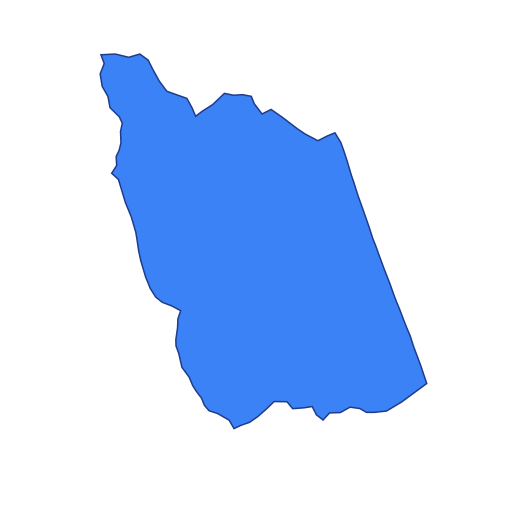 Mongaguá, São Paulo, Brazil (Natural Earth projection), rotated 282°
{"feature_id": "56859067B70576554205910", "entity_name": "Mongaguá", "entity_type": "district", "adm_level": 2, "iso_a3": "BRA", "parent_name": "Brazil", "parent_adm1": "São Paulo", "projection": "natural_earth1", "projection_center": [-46.666, -24.069], "detail": "fine", "context": "isolated", "style": "filled", "palette": "blue", "viewbox_px": 512, "rotation_deg": 282, "n_neighbors": 0, "source": "geoboundaries", "source_scale": "gbopen_adm2", "svg_char_len": 1506}
<svg xmlns="http://www.w3.org/2000/svg" viewBox="0 0 512 512"><g transform="rotate(282 256 256)"><path d="M166.8,449.5L183.6,439.6L200.3,428.9L209.5,423.7L217.1,418.4L224.5,413.5L233.7,407.6L240.6,402.8L247.5,398.4L255.7,393.4L270.7,383.6L281.6,376.7L290.8,371.0L297.5,366.5L305.1,362.2L313.0,357.5L328.9,347.8L335.6,343.6L342.8,339.5L348.5,336.3L354.6,332.6L367.5,325.6L376.5,320.4L384.6,315.4L392.9,307.6L388.1,300.6L381.6,292.5L385.6,278.5L389.0,270.1L397.0,253.2L402.5,240.3L396.2,232.4L404.5,222.7L411.2,218.2L411.0,209.3L408.6,200.7L408.5,191.3L395.2,182.2L386.4,173.3L380.1,167.9L387.7,162.6L395.8,155.6L397.3,144.2L398.6,134.5L406.9,125.1L417.4,116.0L425.2,109.8L429.4,100.4L423.9,90.2L424.3,76.4L420.6,62.5L412.7,67.5L401.7,65.7L389.9,70.3L381.3,78.0L370.7,82.4L363.8,93.3L358.1,97.6L349.6,97.6L338.5,100.4L330.7,100.1L324.3,98.5L315.6,100.9L306.9,97.6L302.3,105.5L280.9,117.3L268.3,125.9L254.2,133.5L246.5,136.5L236.5,140.2L227.6,144.2L212.7,152.3L202.3,159.3L195.1,166.3L191.2,173.9L189.7,183.8L186.8,193.7L178.5,192.7L169.2,194.2L157.4,195.0L151.3,196.5L145.0,200.5L131.7,206.7L123.6,215.8L116.0,221.1L111.2,225.8L105.5,232.4L99.3,236.5L94.9,242.2L93.9,251.3L89.8,263.9L82.6,270.4L87.0,276.1L92.1,284.4L99.0,290.9L108.2,297.8L117.4,304.0L119.9,316.6L114.3,323.6L117.4,334.2L120.4,342.3L113.2,348.1L109.5,355.7L117.8,360.6L120.4,371.0L127.7,379.4L128.4,389.3L126.0,396.6L127.7,404.4L131.5,415.9L143.3,428.6L159.8,443.3L166.8,449.5Z" fill="#3b82f6" stroke="#1e3a8a" stroke-width="1.5"/></g></svg>